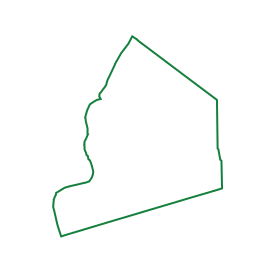 the district of Beitbridge Urban, Matabeleland South, Zimbabwe, rotated 75°
{"feature_id": "62879985B8135663934724", "entity_name": "Beitbridge Urban", "entity_type": "district", "adm_level": 2, "iso_a3": "ZWE", "parent_name": "Zimbabwe", "parent_adm1": "Matabeleland South", "projection": "equal_earth", "projection_center": [30.001, -22.204], "detail": "fine", "context": "isolated", "style": "outline", "palette": "green", "viewbox_px": 256, "rotation_deg": 75, "n_neighbors": 0, "source": "geoboundaries", "source_scale": "gbopen_adm2", "svg_char_len": 1311}
<svg xmlns="http://www.w3.org/2000/svg" viewBox="0 0 256 256"><g transform="rotate(75 128 128)"><path d="M45.1,96.1L40.6,100.2L46.7,105.8L53.9,115.2L62.0,123.2L64.6,125.3L67.7,127.9L72.2,131.7L74.5,133.7L75.5,134.7L77.7,136.2L80.4,137.7L82.5,139.8L84.0,141.9L86.2,144.6L86.5,144.8L87.3,146.4L89.9,147.6L92.9,146.9L92.8,149.9L92.8,151.3L92.9,151.1L93.7,154.1L95.3,158.7L100.5,163.0L106.8,166.7L107.1,166.5L110.5,167.0L118.1,167.2L124.2,168.9L124.2,168.7L127.5,171.3L129.7,173.4L132.6,174.5L132.6,174.3L137.4,175.5L140.8,175.0L143.6,175.0L144.4,174.1L147.9,174.3L148.3,174.1L148.9,173.4L150.5,173.0L155.4,172.7L161.0,172.8L164.1,174.1L165.1,174.9L166.4,175.7L169.5,179.2L169.5,179.5L169.8,182.3L169.8,183.4L169.7,183.8L169.7,184.2L169.5,191.1L169.5,192.0L169.5,192.4L169.4,192.6L169.4,192.9L169.4,193.3L169.2,198.7L169.2,199.2L169.3,199.3L169.3,199.6L169.2,200.0L169.3,204.4L169.5,205.3L172.1,214.2L174.0,215.1L175.5,216.5L177.0,217.5L178.1,218.4L178.5,218.4L184.8,220.7L186.7,220.7L188.2,220.7L188.9,220.7L202.0,221.2L204.2,221.2L204.6,221.2L213.9,220.7L214.3,220.7L215.4,220.6L215.1,213.1L213.7,164.8L211.5,84.2L211.2,69.9L210.7,52.8L183.8,46.2L182.5,47.1L172.0,46.2L171.2,46.7L170.8,46.7L124.3,34.9L124.2,34.9L123.9,34.8L88.6,62.5L45.7,96.1L45.1,96.1Z" fill="none" stroke="#15803d" stroke-width="2"/></g></svg>